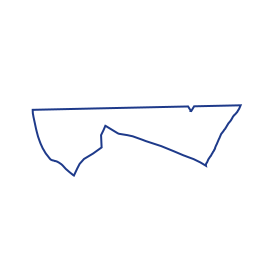 outline of Shahin, Al Mahrah, Yemen, rotated 293°
{"feature_id": "15242507B71328549079212", "entity_name": "Shahin", "entity_type": "district", "adm_level": 2, "iso_a3": "YEM", "parent_name": "Yemen", "parent_adm1": "Al Mahrah", "projection": "orthographic", "projection_center": [52.4, 17.895], "detail": "fine", "context": "isolated", "style": "outline", "palette": "blue", "viewbox_px": 256, "rotation_deg": 293, "n_neighbors": 0, "source": "geoboundaries", "source_scale": "gbopen_adm2", "svg_char_len": 3971}
<svg xmlns="http://www.w3.org/2000/svg" viewBox="0 0 256 256"><g transform="rotate(293 128 128)"><path d="M63.1,96.8L70.9,97.1L76.1,97.5L82.3,99.6L90.8,105.8L99.8,111.3L110.9,106.0L116.5,106.3L121.2,106.3L121.2,106.5L119.2,120.2L119.1,121.4L119.2,122.2L121.2,130.3L122.2,135.6L122.8,146.0L122.9,149.4L124.3,165.6L124.5,179.3L124.5,189.6L124.6,191.5L124.7,194.3L125.0,200.5L124.6,208.0L123.7,214.5L124.0,214.3L124.3,214.2L124.5,214.1L124.8,214.0L125.0,214.0L125.3,213.9L125.5,213.9L125.9,213.9L126.2,213.9L126.4,214.0L126.7,214.1L127.0,214.1L127.3,214.2L127.5,214.2L127.8,214.2L128.1,214.2L128.4,214.2L128.7,214.2L129.0,214.2L129.3,214.2L129.6,214.2L129.9,214.2L130.2,214.2L130.5,214.3L131.0,214.3L131.3,214.3L131.6,214.4L131.9,214.5L132.2,214.5L132.5,214.6L132.8,214.7L133.1,214.7L133.3,214.7L133.6,214.8L133.9,214.9L134.1,214.9L134.4,215.0L134.5,215.1L134.8,215.1L135.1,215.2L135.4,215.2L135.7,215.2L136.0,215.3L136.3,215.3L136.6,215.3L136.9,215.3L137.2,215.4L137.6,215.5L137.9,215.5L138.2,215.5L138.5,215.6L139.0,215.6L139.3,215.6L139.6,215.7L139.9,215.8L140.1,215.8L140.4,215.9L140.7,215.9L141.0,215.9L141.1,216.0L141.3,216.0L141.6,216.0L141.9,215.9L142.2,216.0L142.4,216.0L142.7,216.1L143.0,216.2L143.3,216.1L143.8,215.9L144.0,215.9L144.3,215.9L144.6,215.9L144.9,215.9L145.2,215.9L145.5,215.9L145.9,215.9L146.1,215.9L146.5,215.9L146.9,215.9L147.3,216.0L147.6,216.0L147.9,216.0L148.2,216.0L148.5,216.0L148.8,216.0L149.0,216.0L149.5,216.0L149.8,216.0L150.0,216.0L150.3,216.0L150.6,216.0L150.9,216.0L151.1,216.0L151.4,216.0L151.7,216.0L152.1,216.0L152.4,216.0L152.6,216.0L152.9,216.0L153.3,216.0L153.6,216.0L153.9,216.1L154.2,216.1L154.5,216.1L154.8,216.1L155.1,216.1L155.4,216.1L155.6,216.1L155.9,216.1L156.2,216.1L156.4,216.1L156.7,216.1L157.0,216.1L157.4,216.1L157.6,216.1L157.9,216.1L158.3,216.1L158.5,216.1L158.9,216.1L159.1,216.2L159.4,216.2L159.7,216.3L160.0,216.4L160.3,216.5L160.5,216.6L160.8,216.6L161.1,216.7L161.4,216.8L161.7,216.9L161.9,216.9L162.2,217.0L162.6,217.1L162.9,217.1L163.1,217.2L163.4,217.2L163.7,217.3L163.9,217.3L164.2,217.4L164.5,217.5L165.0,217.7L165.3,217.8L165.6,217.8L165.9,217.8L166.1,217.8L166.3,217.9L166.6,218.0L166.9,218.0L167.2,218.0L167.6,218.1L167.9,218.1L168.1,218.2L168.6,218.2L168.9,218.2L169.2,218.3L169.4,218.3L169.7,218.4L170.0,218.4L170.3,218.5L170.5,218.5L170.9,218.5L171.2,218.6L171.5,218.6L171.8,218.7L172.0,218.8L172.3,218.9L172.6,219.0L172.9,219.1L173.1,219.1L173.4,219.2L173.6,219.3L174.0,219.4L174.3,219.5L174.6,219.6L174.9,219.6L175.1,219.7L175.4,219.7L175.6,219.8L175.9,219.8L176.2,219.9L176.5,219.9L176.8,219.9L177.0,220.0L177.3,220.0L177.6,220.0L177.9,220.1L178.3,220.1L178.6,220.1L179.1,220.2L179.3,220.2L179.6,220.2L179.9,220.3L180.1,220.4L180.4,220.5L180.8,220.6L181.1,220.7L181.3,220.8L181.6,220.8L181.8,221.0L182.1,221.1L182.3,221.2L182.6,221.3L182.8,221.4L183.1,221.5L183.3,221.6L183.6,221.7L183.9,221.8L184.2,221.8L184.4,221.9L184.7,222.0L185.0,222.2L185.5,222.2L185.6,222.3L186.0,222.3L186.5,222.4L187.0,222.4L187.2,222.5L187.5,222.5L187.8,222.6L188.1,222.6L188.5,222.7L188.8,222.7L189.1,222.8L189.5,222.8L189.8,222.8L190.0,222.8L190.4,222.8L190.7,222.8L190.9,222.8L191.2,222.8L191.5,222.8L191.8,222.8L192.2,222.8L192.4,222.8L192.6,222.8L192.9,222.8L192.4,221.7L173.8,180.4L168.3,179.6L168.1,178.9L168.8,178.8L168.7,178.6L171.3,174.9L131.7,86.9L131.1,85.6L107.5,33.2L107.3,33.3L107.2,33.3L106.8,33.5L106.1,33.8L104.9,34.4L104.6,34.5L101.7,36.4L101.5,36.5L96.4,40.1L91.4,43.6L89.0,45.4L85.0,48.5L81.5,51.7L79.5,53.6L76.2,57.2L75.9,57.5L75.0,58.8L72.8,61.7L72.0,63.0L71.2,64.5L69.8,67.0L69.4,67.7L69.3,67.9L69.3,68.0L69.0,68.5L68.8,69.1L68.7,69.8L68.7,70.3L68.7,70.6L68.8,71.4L68.8,71.6L69.0,72.3L69.0,72.6L69.0,72.8L69.0,73.6L69.2,74.0L69.3,74.5L69.3,75.0L69.3,75.5L69.4,76.2L69.4,76.3L69.3,76.5L69.2,77.7L69.0,78.8L68.8,79.7L68.6,80.8L68.4,81.4L68.2,81.9L68.1,82.2L67.8,82.9L66.0,86.8L65.3,89.0L64.9,90.2L64.5,91.5L63.3,95.7L63.2,96.1L63.1,96.8Z" fill="none" stroke="#1e3a8a" stroke-width="2"/></g></svg>